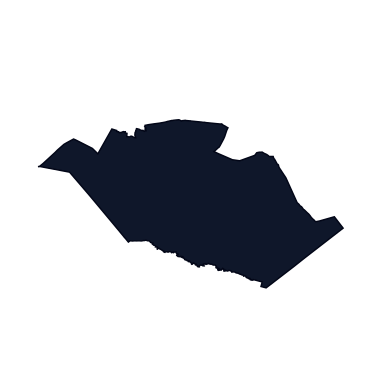 Kajiado West, Rift Valley, Kenya (Equal Earth projection), rotated 285°
{"feature_id": "3690345B61385295322660", "entity_name": "Kajiado West", "entity_type": "district", "adm_level": 2, "iso_a3": "KEN", "parent_name": "Kenya", "parent_adm1": "Rift Valley", "projection": "equal_earth", "projection_center": [36.295, -1.696], "detail": "fine", "context": "isolated", "style": "filled", "palette": "ink", "viewbox_px": 384, "rotation_deg": 285, "n_neighbors": 0, "source": "geoboundaries", "source_scale": "gbopen_adm2", "svg_char_len": 5962}
<svg xmlns="http://www.w3.org/2000/svg" viewBox="0 0 384 384"><g transform="rotate(285 192 192)"><path d="M263.3,210.1L263.7,208.4L264.1,207.4L264.6,204.9L265.2,203.6L265.4,203.3L265.4,202.8L265.2,202.2L265.0,201.9L264.6,199.4L263.5,192.8L262.6,187.3L262.6,186.7L262.6,186.2L262.4,185.7L262.1,184.2L262.0,183.1L260.2,172.2L260.3,172.0L260.2,171.8L259.5,167.8L259.5,167.0L258.2,163.8L257.8,163.3L257.9,163.1L258.3,161.3L258.4,160.7L257.5,158.2L256.4,155.4L256.0,154.9L256.0,154.3L254.8,152.0L254.4,151.3L254.0,150.4L252.6,148.1L251.5,145.8L251.0,144.7L250.0,142.6L248.0,137.7L245.7,132.4L244.2,129.4L243.4,129.6L242.8,129.4L242.2,130.3L242.1,130.6L241.8,131.0L240.8,130.3L240.6,130.3L240.4,130.5L240.2,131.1L239.8,131.7L239.3,131.9L239.2,131.7L239.2,131.0L239.1,130.7L238.5,130.5L238.3,130.3L238.5,129.9L238.5,129.1L238.8,128.8L238.5,127.6L238.4,127.3L238.5,126.0L238.9,124.9L238.9,122.8L238.8,122.0L237.7,122.0L236.8,121.8L236.3,121.9L235.9,121.8L235.6,121.9L235.2,121.9L234.8,121.7L234.4,121.8L234.3,121.7L233.3,121.9L232.9,121.9L232.2,122.3L231.6,122.3L231.4,122.6L229.9,123.6L229.7,122.6L229.7,121.7L230.2,119.8L230.2,118.9L229.8,118.1L229.0,117.4L228.8,116.8L228.9,115.9L228.6,114.6L231.8,114.0L231.8,112.0L232.9,111.9L232.6,111.1L232.6,110.2L231.7,108.8L231.1,108.3L231.0,107.6L230.5,106.6L230.5,106.3L231.2,105.6L231.1,104.8L230.9,104.4L231.0,103.5L231.9,103.4L232.1,98.3L204.5,91.2L206.5,87.7L208.3,84.5L211.5,69.4L212.2,66.0L212.5,63.9L207.1,58.2L204.9,56.0L197.7,51.2L194.7,49.5L180.7,40.6L177.4,38.2L176.6,36.7L177.3,38.7L179.5,68.6L161.9,94.3L139.8,125.7L131.0,138.1L130.9,138.4L130.7,138.4L130.4,138.9L130.0,139.6L127.2,143.5L128.9,144.9L129.1,145.7L129.2,146.9L130.1,149.4L130.3,150.4L131.3,154.0L131.6,155.6L132.0,156.6L132.4,157.2L132.7,158.4L133.4,159.7L133.5,160.2L133.4,161.9L133.7,162.6L133.6,162.9L133.7,163.2L133.3,164.4L132.6,164.9L132.5,167.6L132.3,167.6L131.8,167.0L131.6,167.0L130.9,168.5L130.7,168.9L130.6,170.1L130.3,170.9L130.0,171.3L129.6,171.2L129.7,171.5L129.7,171.9L130.0,172.5L129.7,172.8L129.4,172.9L129.1,172.9L129.1,173.3L128.4,173.0L127.8,173.3L127.9,173.5L128.7,173.7L129.0,174.2L129.0,174.8L128.7,175.4L128.4,177.1L128.0,178.1L127.8,179.1L127.4,179.5L127.8,179.8L127.8,180.1L127.6,180.2L127.1,180.2L126.8,180.4L126.7,180.7L126.7,180.9L126.9,181.0L126.7,181.3L126.7,181.5L126.9,181.6L127.1,181.5L127.4,181.9L127.5,182.4L127.9,183.3L127.7,183.9L127.8,184.5L128.1,184.5L128.3,185.3L128.7,185.5L128.8,185.8L128.8,186.3L128.7,187.7L128.5,187.8L128.3,187.7L128.1,187.9L128.1,188.1L128.8,188.9L129.0,189.2L128.7,189.6L128.6,189.8L128.7,190.0L129.4,190.4L129.6,190.7L129.8,191.3L129.8,191.7L130.0,192.0L129.4,192.2L128.8,192.9L128.7,193.2L128.7,193.6L128.7,194.0L128.4,194.7L128.3,194.8L127.7,193.9L127.3,193.6L127.0,193.6L126.8,193.6L126.6,194.0L126.6,194.6L126.5,194.8L126.3,194.8L126.1,195.1L126.2,195.8L126.4,197.1L126.5,197.4L126.9,197.7L127.0,198.6L127.1,199.3L127.1,199.9L126.8,200.3L126.7,200.3L126.2,199.6L126.0,200.8L125.9,201.2L125.9,201.6L125.5,202.1L125.1,202.2L124.8,202.6L124.7,203.1L124.8,204.5L124.3,205.3L124.3,205.5L124.9,206.8L124.9,207.1L124.8,207.4L124.7,207.4L124.1,206.8L123.9,206.8L124.0,207.7L124.0,208.5L123.4,209.4L123.1,209.6L123.0,209.9L122.9,210.1L122.2,210.3L122.1,210.6L122.3,210.9L123.1,211.4L123.7,211.4L123.8,211.5L123.8,211.8L124.0,212.0L123.6,212.4L123.4,213.2L123.4,213.9L123.0,213.9L122.5,214.2L122.5,214.6L122.6,214.8L123.1,215.0L122.3,215.8L122.1,216.2L121.7,216.3L121.6,216.6L121.4,216.8L121.4,217.7L121.5,217.9L121.5,218.3L121.6,218.5L122.0,218.4L122.2,218.2L122.4,218.0L122.7,218.2L123.3,218.8L123.5,218.9L123.7,219.2L123.8,220.9L123.8,221.2L123.7,221.3L123.5,221.6L123.8,222.8L124.9,222.0L124.9,221.8L125.2,221.5L125.4,221.7L125.8,223.1L126.0,223.2L126.2,223.3L126.1,223.9L125.8,224.0L125.7,224.2L126.0,224.5L126.2,225.1L126.5,225.5L127.0,225.9L127.1,226.1L127.0,226.3L127.3,226.6L127.1,227.1L127.0,228.1L127.4,229.9L127.1,230.5L127.0,231.6L127.2,232.4L127.3,232.6L127.5,232.7L127.6,232.9L126.9,234.1L126.6,234.8L126.4,235.0L126.1,234.9L125.8,234.6L125.2,234.7L125.0,234.9L124.9,235.4L125.2,236.4L125.1,237.1L125.2,237.7L124.8,238.4L124.5,238.2L124.4,237.6L124.3,237.4L124.4,237.2L124.2,236.9L123.8,236.9L123.5,237.3L123.2,237.4L123.1,237.6L123.5,238.6L123.7,239.0L123.8,239.4L124.1,239.7L124.2,240.2L124.2,240.5L124.4,240.6L124.8,240.7L125.1,241.1L125.6,241.4L126.0,241.2L126.2,241.3L126.1,242.1L126.0,242.4L125.6,242.7L124.8,242.9L124.5,243.2L124.0,243.2L124.0,243.4L124.0,243.7L124.1,244.1L124.2,244.3L124.4,244.4L124.6,244.8L125.1,244.6L125.0,245.7L124.8,246.3L124.9,246.6L125.0,246.7L125.0,247.1L125.6,247.4L126.0,248.8L125.9,249.5L125.7,250.0L125.6,250.7L125.3,251.0L124.9,251.2L124.9,251.3L125.4,252.0L125.8,253.9L125.3,255.5L125.3,255.8L125.5,256.1L125.4,256.3L125.6,256.7L125.4,257.0L125.5,257.7L125.5,258.0L125.2,258.6L125.1,259.5L125.0,259.8L125.1,260.4L124.8,261.7L124.9,262.2L124.8,263.5L124.5,263.4L124.3,263.5L124.1,263.7L124.4,264.2L124.9,264.8L124.0,266.7L123.8,266.3L123.6,266.4L123.4,267.1L123.5,268.1L123.4,268.7L123.5,269.7L123.5,269.9L123.0,269.4L122.8,270.6L122.4,271.0L122.6,272.0L122.3,272.1L122.6,273.6L123.2,273.7L123.3,273.9L123.3,283.1L118.6,283.1L118.6,288.4L146.3,309.6L157.5,317.9L196.2,347.3L204.9,335.9L196.9,322.5L195.3,319.2L195.9,317.9L196.6,317.0L197.3,315.4L198.6,313.4L199.5,312.4L201.0,310.3L201.7,308.8L203.8,305.1L203.9,304.5L204.2,303.9L204.7,303.4L206.2,301.5L206.4,300.4L207.1,299.3L207.8,298.5L208.9,296.3L230.0,279.0L237.9,270.1L239.0,269.2L240.4,268.5L240.8,268.0L241.2,266.7L241.7,266.4L244.4,263.9L244.5,263.5L245.0,263.3L245.4,262.5L245.6,262.4L246.3,261.8L247.3,261.2L246.4,257.9L246.4,256.9L247.0,256.1L247.1,255.3L247.5,254.8L247.8,253.1L247.9,252.1L248.7,249.3L248.3,248.5L247.8,246.6L247.7,246.4L246.7,244.4L243.6,243.1L234.5,230.0L233.6,222.7L235.8,207.9L236.7,202.7L239.5,204.6L241.2,205.6L242.2,206.5L244.1,207.1L251.4,208.8L254.0,209.2L260.7,209.6L263.3,210.1Z" fill="#0f172a" stroke="#020617" stroke-width="1.5"/></g></svg>